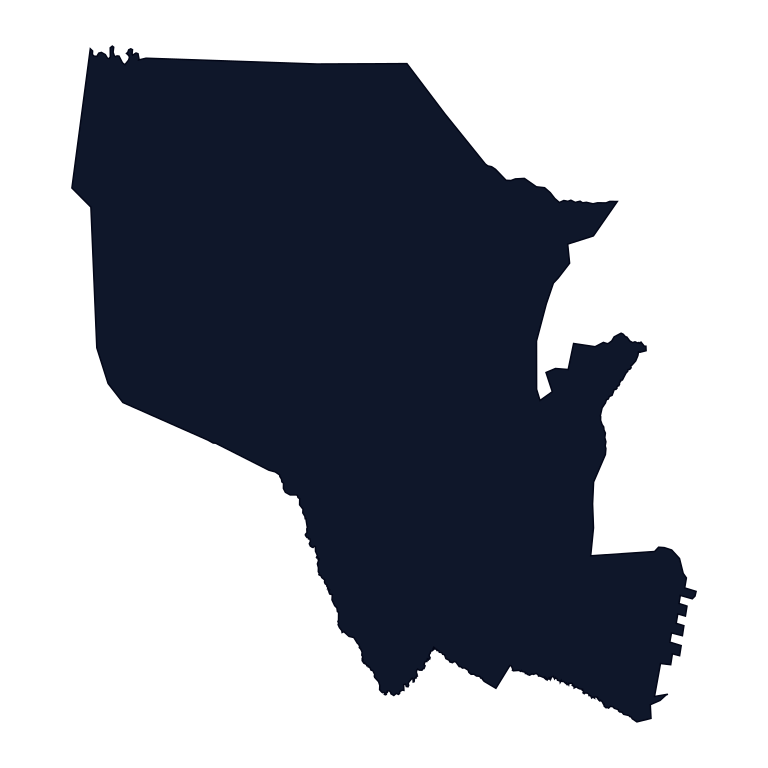 the district of Chibombo, Central, Zambia
{"feature_id": "96606910B53104033004120", "entity_name": "Chibombo", "entity_type": "district", "adm_level": 2, "iso_a3": "ZMB", "parent_name": "Zambia", "parent_adm1": "Central", "projection": "equal_earth", "projection_center": [27.894, -14.857], "detail": "fine", "context": "isolated", "style": "filled", "palette": "ink", "viewbox_px": 768, "rotation_deg": 0, "n_neighbors": 0, "source": "geoboundaries", "source_scale": "gbopen_adm2", "svg_char_len": 6081}
<svg xmlns="http://www.w3.org/2000/svg" viewBox="0 0 768 768"><path d="M491.6,166.7L487.8,165.9L485.4,164.1L445.0,114.0L406.9,63.6L372.1,63.8L342.5,63.9L316.7,64.0L308.1,64.1L316.8,64.0L146.0,58.2L138.6,60.0L139.0,58.9L138.0,53.7L136.0,53.0L132.7,55.1L132.1,53.9L132.5,49.7L130.8,48.8L128.7,49.8L127.7,52.5L126.5,53.4L128.9,55.7L129.4,57.7L128.5,60.2L124.9,64.7L122.5,62.9L119.0,56.1L117.0,55.9L115.3,56.7L114.3,55.7L113.1,52.3L113.7,47.2L112.3,46.1L110.2,47.8L110.3,56.7L109.2,58.6L107.5,58.3L105.3,54.6L101.4,52.4L98.8,53.1L96.8,56.4L94.0,56.1L92.4,54.5L92.6,51.0L90.3,48.8L71.9,188.0L90.9,207.1L96.8,347.8L108.1,383.5L122.9,402.5L207.9,440.1L213.1,443.0L215.6,443.2L268.9,470.2L275.2,471.9L279.6,474.9L279.9,476.6L281.4,478.9L281.9,481.9L283.5,483.1L283.4,488.4L285.4,492.3L290.1,494.9L296.6,494.9L297.5,495.7L298.0,497.5L299.7,498.7L299.6,504.8L303.0,509.2L302.8,512.9L304.9,516.3L305.2,518.7L305.9,518.6L307.1,526.3L307.6,526.6L306.8,528.9L307.0,532.6L305.4,534.4L305.5,535.5L307.0,537.5L308.3,537.6L308.5,538.9L310.0,539.1L310.4,541.4L309.3,543.8L310.4,546.1L311.0,545.8L311.5,546.9L313.0,547.5L314.4,546.2L315.4,546.7L315.5,551.3L317.4,555.5L316.6,557.2L317.5,557.3L317.2,557.9L317.9,557.9L318.0,558.7L318.6,558.0L318.4,558.8L319.1,558.9L317.4,563.9L318.4,567.7L318.3,571.8L319.2,573.1L318.9,574.7L321.1,575.9L321.8,577.6L324.7,579.9L324.5,582.0L325.1,583.7L326.9,585.1L326.8,586.1L328.0,587.9L327.6,588.9L328.6,589.0L328.4,590.2L329.5,590.2L328.8,591.5L329.7,594.0L332.3,594.7L332.0,599.9L334.7,605.7L336.9,607.9L337.4,611.6L338.6,612.4L338.5,620.5L337.9,621.3L338.6,623.3L338.1,624.6L339.5,627.7L341.8,630.6L342.1,632.5L343.9,631.7L349.0,636.4L353.8,637.5L357.6,643.6L358.5,643.9L359.6,646.5L359.3,647.6L360.7,649.0L362.1,652.1L361.8,655.2L362.7,656.7L362.4,659.4L363.0,659.9L362.6,660.5L362.2,659.9L362.2,660.7L363.8,663.1L364.6,662.8L364.5,663.5L366.3,664.4L366.9,665.8L368.0,665.7L368.1,666.8L369.8,667.4L371.1,670.2L372.8,670.6L374.7,674.5L374.3,676.1L374.7,677.4L378.6,681.7L379.8,685.4L379.6,689.7L381.6,692.0L382.7,692.7L384.4,692.4L385.0,693.0L384.4,694.4L385.5,694.8L386.3,694.4L386.0,693.6L386.9,691.6L387.4,692.1L387.6,690.9L389.4,690.9L390.9,692.7L390.9,693.7L393.8,695.5L396.2,693.4L398.5,694.4L399.6,693.4L399.8,691.5L402.4,690.1L403.9,690.4L403.6,684.7L405.6,684.1L406.3,686.5L408.0,686.8L408.7,685.3L408.2,683.6L408.9,682.0L412.1,678.2L413.0,679.3L413.2,682.0L414.1,681.7L414.5,678.3L416.1,677.9L415.8,677.3L417.4,676.0L416.8,675.2L417.1,674.6L416.3,672.1L416.8,670.2L417.7,669.1L419.2,670.1L422.0,670.2L423.1,668.6L424.0,668.6L425.1,665.8L424.0,664.5L425.0,661.6L426.9,661.5L427.4,659.1L428.3,660.0L429.0,658.6L429.7,659.0L430.1,657.7L429.2,656.0L429.3,654.4L430.3,653.1L430.7,651.0L431.8,651.0L433.6,649.6L433.1,648.9L433.6,647.2L434.6,647.6L434.7,648.8L436.9,649.5L436.9,650.5L438.7,650.7L439.3,652.2L441.7,652.6L442.7,654.3L444.5,654.7L445.9,658.6L449.2,660.3L449.8,661.9L452.5,662.7L454.0,661.5L456.0,662.1L459.2,666.6L460.8,666.7L462.4,668.1L464.4,667.8L468.1,670.1L468.9,672.4L471.1,674.3L474.0,674.2L476.4,676.0L479.7,676.3L480.8,678.1L482.4,678.3L482.4,679.2L484.1,681.3L495.9,688.3L509.9,665.5L511.4,666.0L512.8,669.3L512.4,670.2L513.3,670.8L518.9,670.4L520.8,671.4L521.6,670.6L522.3,671.5L525.1,672.2L525.4,673.5L526.7,673.2L527.2,674.3L529.6,675.2L532.0,673.9L533.4,674.4L536.3,673.4L538.7,675.5L538.3,676.5L539.1,675.8L539.4,676.6L539.5,675.8L544.0,677.6L544.7,677.2L544.6,678.2L546.1,679.5L546.4,678.6L547.3,679.7L547.5,679.1L548.9,679.0L549.1,678.1L550.0,679.3L550.0,678.1L550.8,678.8L551.5,677.1L553.3,676.3L554.6,678.9L555.2,677.9L555.4,678.8L555.6,678.1L557.2,678.9L557.5,680.2L560.0,681.0L560.2,682.3L561.2,680.4L561.6,681.4L563.7,681.5L565.7,683.4L566.4,682.9L566.9,684.6L568.3,684.7L568.6,683.9L568.8,684.4L569.0,683.4L571.9,683.2L572.5,683.7L572.2,685.4L573.2,685.9L573.7,685.4L573.9,686.8L574.5,686.9L574.3,687.9L576.3,686.9L577.3,687.5L577.4,686.9L577.7,687.9L579.5,688.8L582.5,689.3L582.3,690.3L583.2,690.6L583.5,691.9L583.0,692.8L584.2,693.7L584.8,693.0L587.4,693.1L588.8,694.0L589.0,695.6L590.6,695.6L591.7,698.0L592.8,697.0L594.5,698.1L594.3,697.2L594.8,696.8L597.6,697.4L597.5,698.7L598.2,698.8L598.8,700.1L599.9,701.0L600.6,700.3L602.1,701.5L603.8,704.8L604.2,704.5L604.2,706.2L606.1,707.8L606.8,707.3L608.6,708.1L610.5,706.3L613.0,706.8L614.3,708.3L618.3,709.6L618.5,710.8L619.6,711.9L622.0,712.2L623.6,714.3L629.2,715.6L629.6,716.5L631.1,716.9L632.3,718.8L636.9,721.9L651.0,718.4L650.3,704.7L660.1,700.4L665.9,695.1L667.9,694.2L654.5,696.5L660.5,663.5L670.7,664.7L672.4,653.8L679.6,655.7L681.2,645.6L669.8,642.1L671.5,632.9L682.4,635.7L683.9,625.7L676.2,623.3L677.8,613.9L685.4,616.1L687.0,606.1L679.0,603.5L680.3,595.4L692.3,598.8L695.0,596.1L696.1,591.4L684.7,587.9L686.4,577.9L683.2,573.4L679.5,558.5L671.7,550.0L664.3,547.6L658.6,547.2L654.6,551.5L590.7,555.8L593.5,527.9L592.6,503.8L593.6,482.0L605.4,454.6L605.9,448.5L605.2,445.9L605.9,441.8L604.8,437.6L605.4,433.1L604.0,430.0L603.7,426.9L602.1,424.6L600.6,420.3L600.7,416.6L600.3,415.9L602.1,407.9L605.4,403.0L606.4,399.8L608.3,399.0L609.3,396.5L612.1,395.3L614.2,389.5L615.9,389.4L617.0,388.2L616.8,387.4L617.7,385.7L618.7,385.9L619.6,384.1L619.4,382.9L620.8,381.1L620.6,380.3L622.4,380.0L625.9,373.2L627.7,371.3L627.9,369.7L629.8,369.3L631.1,367.8L630.8,365.6L631.9,365.2L635.7,360.9L637.9,355.6L638.5,351.8L639.8,352.3L646.1,350.7L645.9,346.2L644.3,346.2L641.0,342.1L639.7,343.3L638.9,342.5L638.0,343.1L635.0,341.8L632.7,342.6L629.8,341.0L626.8,337.0L625.5,336.8L623.2,334.2L621.1,333.2L614.2,336.8L611.7,341.0L608.7,343.2L607.4,343.7L603.4,342.4L595.1,346.7L573.6,343.5L568.2,369.5L555.5,368.5L546.0,372.5L552.3,391.7L540.0,400.5L536.6,389.3L536.5,341.0L546.3,303.9L553.4,283.1L558.2,278.0L569.6,263.2L567.7,244.1L593.4,235.9L617.3,201.5L609.8,201.4L606.0,202.9L597.5,202.8L593.0,203.8L586.4,202.3L582.6,202.8L580.1,201.2L575.2,202.4L570.9,200.2L567.9,201.3L563.8,200.5L559.4,202.5L554.8,198.5L550.3,192.7L544.6,187.7L536.4,186.8L524.4,178.4L515.3,178.9L511.0,180.5L506.1,180.3L495.5,169.3L491.6,166.7Z" fill="#0f172a" stroke="#020617" stroke-width="1.5"/></svg>